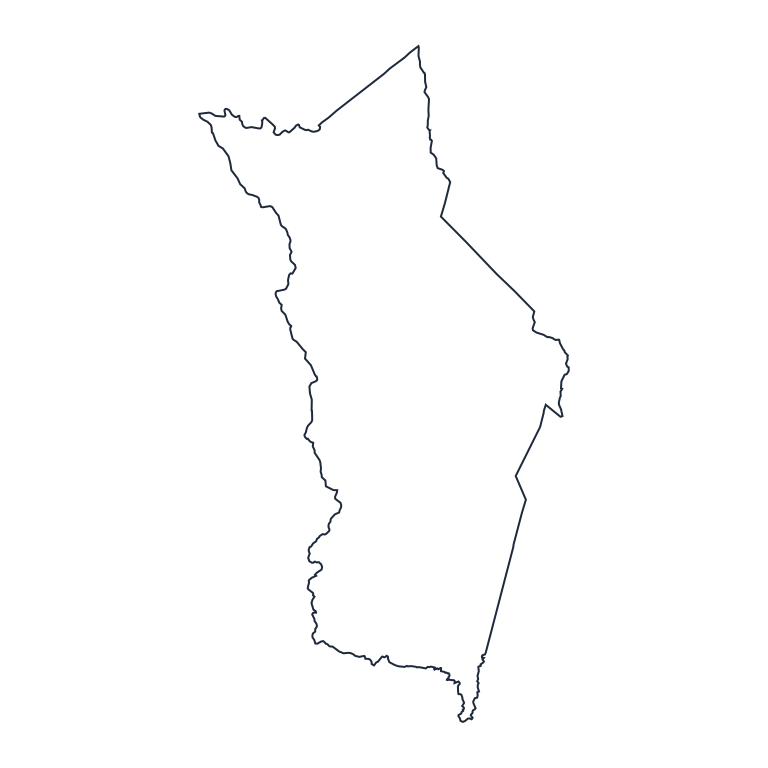 Ntcheu, Ntcheu, Malawi
{"feature_id": "42251766B4706820893431", "entity_name": "Ntcheu", "entity_type": "district", "adm_level": 2, "iso_a3": "MWI", "parent_name": "Malawi", "parent_adm1": "Ntcheu", "projection": "orthographic", "projection_center": [34.638, -14.817], "detail": "fine", "context": "isolated", "style": "outline", "palette": "slate", "viewbox_px": 768, "rotation_deg": 0, "n_neighbors": 0, "source": "geoboundaries", "source_scale": "gbopen_adm2", "svg_char_len": 6108}
<svg xmlns="http://www.w3.org/2000/svg" viewBox="0 0 768 768"><path d="M567.9,355.6L564.7,352.1L564.4,350.8L562.7,348.6L559.9,343.1L559.2,339.9L558.6,339.6L555.8,340.0L554.0,339.2L552.5,338.0L548.8,337.0L547.4,337.2L543.6,334.8L536.6,332.6L533.0,330.3L532.6,328.3L534.8,322.1L533.6,319.8L532.8,317.1L534.3,311.4L514.2,290.8L497.0,274.4L465.7,241.6L440.9,216.6L444.9,203.2L450.2,182.1L448.3,178.7L446.7,177.8L443.4,173.3L443.3,172.7L443.9,171.5L443.7,170.6L441.8,169.5L437.7,168.2L436.7,165.3L436.2,158.3L433.7,154.7L430.7,152.6L430.6,147.9L431.9,140.8L431.1,139.7L430.3,139.7L429.7,137.8L430.0,136.2L429.6,131.0L430.0,130.4L429.4,130.4L427.3,127.6L427.8,124.8L427.8,120.9L428.7,115.8L428.4,109.8L429.0,99.2L428.2,97.2L424.5,92.1L424.8,90.5L426.3,87.1L425.1,81.7L425.0,74.5L424.6,73.1L424.1,73.0L420.4,67.5L419.9,64.2L420.0,61.7L418.5,56.1L418.8,47.6L418.4,46.1L410.0,52.5L404.6,57.5L389.6,68.7L384.4,73.5L336.8,110.5L328.4,117.8L322.0,122.4L318.8,125.4L320.1,126.9L319.8,129.2L318.8,130.2L317.1,131.1L314.2,131.7L312.2,131.6L307.9,129.7L306.5,130.2L305.1,129.9L299.7,127.3L299.0,125.0L298.2,124.5L296.0,125.6L294.6,127.7L289.5,132.2L288.4,132.3L285.5,130.5L284.5,130.6L282.4,131.9L279.6,134.7L277.2,135.1L275.4,134.5L273.6,132.3L275.0,128.4L274.8,126.7L272.7,124.5L265.2,117.8L263.8,118.1L262.3,120.5L261.9,120.5L262.3,121.9L262.1,124.4L261.5,127.3L260.6,128.3L259.2,128.5L251.5,127.1L246.3,128.0L244.5,127.2L243.1,125.9L242.4,124.5L241.9,121.7L239.7,119.7L239.3,115.9L238.5,115.9L236.3,117.1L234.5,116.7L231.9,114.7L229.2,110.2L227.0,109.0L225.5,108.9L224.6,110.0L224.5,110.9L225.4,114.8L224.9,116.1L224.1,116.6L215.4,115.9L211.7,113.5L209.2,112.6L199.3,113.8L199.9,116.5L200.7,117.7L203.3,119.7L207.5,121.8L210.8,124.9L211.6,127.5L211.9,132.6L213.0,133.2L215.4,140.4L218.5,145.9L222.8,148.4L228.5,156.2L230.3,163.1L231.4,170.3L237.6,178.4L240.2,184.2L244.7,188.4L245.8,191.7L247.2,193.3L248.6,194.2L252.3,195.0L256.9,196.7L258.5,197.9L259.2,199.6L259.2,202.4L260.6,205.1L261.0,206.9L262.5,207.3L270.1,206.1L272.3,207.1L276.1,213.0L278.5,215.6L280.9,224.9L282.4,226.6L284.6,227.9L285.9,229.1L287.3,232.3L287.8,234.9L289.6,237.5L290.4,239.9L290.5,241.3L289.5,244.1L289.6,248.1L291.6,251.8L290.0,254.9L290.3,259.5L291.2,261.4L295.0,264.9L295.7,268.0L292.4,273.6L290.5,273.4L289.1,275.0L288.0,280.1L288.4,284.1L286.1,288.7L284.3,289.7L276.7,291.2L275.8,292.5L275.6,294.2L276.2,296.5L277.9,299.3L279.3,302.7L281.7,304.9L281.1,308.5L281.7,311.0L285.3,314.6L287.8,322.0L289.5,324.6L291.2,325.9L290.9,327.0L290.3,327.7L290.2,329.3L292.5,338.5L293.5,339.8L296.6,341.7L302.8,349.2L305.8,352.2L305.0,358.6L310.9,365.2L314.6,374.1L316.0,376.4L316.5,376.4L317.0,377.6L317.2,379.6L316.9,380.4L315.3,381.5L311.4,383.1L309.4,386.5L310.0,393.4L311.8,399.7L311.6,410.7L312.0,410.9L312.2,420.0L311.5,422.0L308.3,425.4L307.0,427.5L305.8,432.5L304.5,434.7L304.5,435.7L305.1,437.1L306.8,438.9L307.8,438.7L309.7,441.1L311.3,442.2L313.2,442.7L312.8,446.4L314.6,450.4L314.7,452.9L319.5,460.0L320.3,462.4L321.0,468.5L320.6,471.7L321.6,474.6L321.8,477.2L325.4,480.5L325.9,486.3L332.8,489.8L334.7,490.2L337.2,490.2L336.9,492.5L335.1,496.7L335.1,498.3L335.6,499.1L340.5,502.8L341.3,505.4L341.0,507.5L339.7,510.1L339.1,512.5L334.8,514.4L330.8,518.9L330.4,521.8L328.9,523.7L328.5,525.3L328.5,526.9L329.4,529.3L329.3,530.8L326.0,534.0L324.6,534.5L322.6,534.1L319.8,536.0L318.6,537.8L317.2,538.6L316.0,541.4L313.2,543.3L311.2,546.4L309.5,547.3L308.7,549.8L308.8,551.3L309.7,553.6L308.2,557.8L309.3,561.2L312.1,562.8L313.3,562.7L314.8,561.6L316.5,562.4L318.9,562.2L321.2,564.4L322.1,566.9L321.8,568.9L321.3,569.8L317.0,572.6L315.0,574.7L316.1,575.8L311.9,577.7L309.1,580.0L308.8,580.6L309.0,582.7L307.8,587.4L307.8,588.5L308.4,589.4L313.0,593.0L313.3,593.9L313.0,595.3L314.5,596.7L312.5,599.6L311.5,603.2L313.4,609.6L315.5,611.0L316.1,612.2L316.0,612.7L314.0,612.6L312.9,613.1L312.2,614.5L314.4,619.0L314.6,621.1L316.4,623.7L316.9,625.5L316.8,626.7L315.2,629.1L315.2,631.6L312.9,633.5L312.4,635.4L312.5,637.3L314.3,640.0L315.3,643.5L317.3,643.7L321.2,641.5L323.0,641.1L324.1,641.7L325.7,643.6L327.5,644.2L329.1,646.0L330.2,646.5L332.6,646.6L339.0,651.4L343.6,653.3L348.5,652.8L351.0,653.2L353.8,654.6L355.1,655.8L359.2,656.9L364.2,655.9L364.7,656.3L365.3,658.7L368.4,658.9L370.1,659.6L371.5,661.6L371.7,664.0L374.0,665.4L376.3,662.4L377.9,661.7L381.9,656.8L382.5,656.5L384.1,657.3L385.3,657.0L386.6,655.8L387.7,656.4L388.0,656.9L388.0,658.8L389.4,662.2L394.9,665.1L398.5,666.3L404.6,666.9L406.8,665.9L407.9,666.4L411.0,666.1L416.0,666.8L417.1,667.4L418.9,667.1L425.8,668.4L427.7,666.9L429.5,667.1L430.7,666.6L434.7,667.5L434.7,668.1L434.1,669.1L434.5,669.6L436.0,668.5L436.4,669.0L437.5,668.5L438.4,669.3L440.5,668.0L441.1,668.1L441.0,671.2L444.5,671.9L445.3,672.8L446.6,672.6L447.5,673.4L448.7,673.3L449.1,673.8L449.5,675.0L449.3,676.3L448.5,677.1L448.5,678.3L447.0,679.3L446.9,679.9L447.5,680.1L448.6,679.7L454.1,680.3L454.8,681.3L454.5,683.1L458.5,681.5L459.7,682.9L459.6,684.1L458.3,685.5L457.9,686.7L458.2,692.8L458.5,694.1L460.4,694.2L461.4,694.8L462.4,697.6L462.4,698.9L464.1,702.9L462.2,706.0L463.9,707.7L463.8,708.9L462.8,709.7L463.2,710.9L461.7,711.9L461.1,713.7L458.5,715.0L458.5,716.3L459.9,718.4L460.5,720.8L462.8,721.9L465.0,721.0L467.9,718.6L469.8,718.4L471.4,719.3L471.9,719.0L472.6,717.9L470.8,715.3L470.9,714.7L472.6,712.9L472.5,711.6L472.9,710.5L474.9,709.2L475.6,708.2L473.5,703.5L473.2,701.6L474.8,698.2L477.2,697.6L477.7,695.1L477.3,692.6L477.5,692.0L479.0,691.5L477.7,687.3L477.8,684.8L478.6,683.1L477.2,681.2L478.2,679.0L477.5,675.9L478.8,671.2L478.3,666.9L479.3,666.2L480.5,666.1L480.8,665.6L480.6,664.4L483.3,662.5L483.9,661.4L482.5,659.3L483.8,657.9L482.0,657.5L481.9,656.3L482.5,655.2L484.9,654.5L485.7,652.8L513.3,547.0L513.6,544.4L521.9,512.9L525.9,499.7L515.7,476.0L540.1,427.0L543.7,412.8L543.8,411.0L545.8,404.8L560.5,416.8L562.5,416.1L561.0,409.3L559.0,404.7L558.8,402.7L559.8,398.0L560.7,396.1L560.5,391.5L562.2,388.9L561.0,388.4L561.4,381.3L564.6,374.8L566.8,374.1L568.7,371.0L568.7,367.4L567.1,366.5L566.0,363.6L567.7,359.1L567.4,356.7L567.9,355.6Z" fill="none" stroke="#1e293b" stroke-width="2"/></svg>